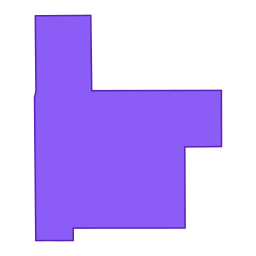 outline of Montgomery, Illinois, United States of America
{"feature_id": "52423323B61876553243791", "entity_name": "Montgomery", "entity_type": "district", "adm_level": 2, "iso_a3": "USA", "parent_name": "United States of America", "parent_adm1": "Illinois", "projection": "albers", "projection_center": [-89.521, 39.262], "detail": "fine", "context": "isolated", "style": "filled", "palette": "violet", "viewbox_px": 256, "rotation_deg": 0, "n_neighbors": 0, "source": "geoboundaries", "source_scale": "gbopen_adm2", "svg_char_len": 295}
<svg xmlns="http://www.w3.org/2000/svg" viewBox="0 0 256 256"><path d="M35.8,240.6L51.0,240.5L55.6,240.6L73.3,240.5L73.2,228.1L185.1,228.0L184.8,146.9L221.5,146.6L221.4,90.4L91.7,90.7L90.8,15.4L35.3,15.8L36.0,91.0L34.5,97.5L35.8,240.6Z" fill="#8b5cf6" stroke="#5b21b6" stroke-width="1.5"/></svg>